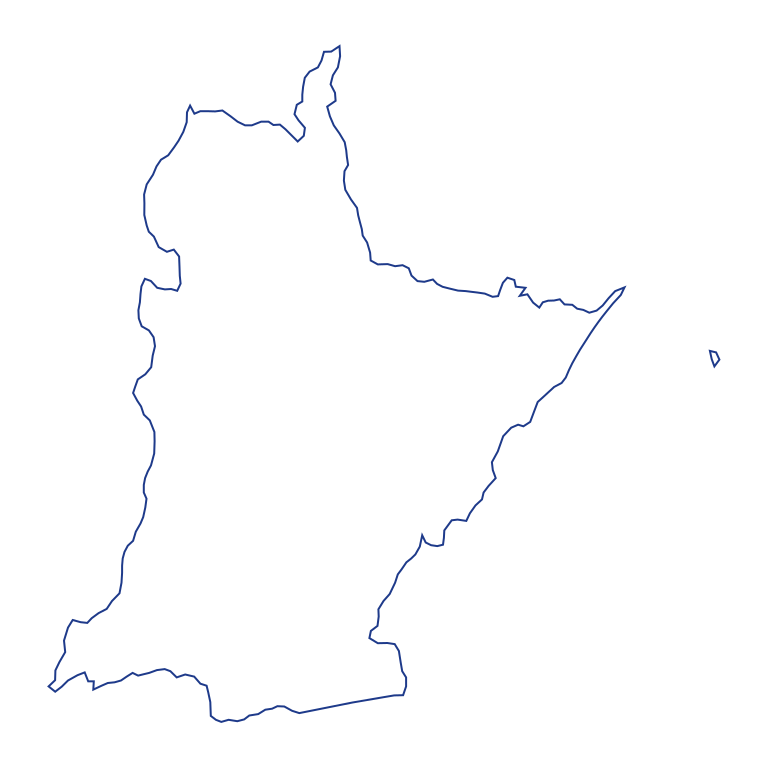 Paulo Lopes, Santa Catarina, Brazil (Natural Earth projection)
{"feature_id": "56859067B3611473740931", "entity_name": "Paulo Lopes", "entity_type": "district", "adm_level": 2, "iso_a3": "BRA", "parent_name": "Brazil", "parent_adm1": "Santa Catarina", "projection": "natural_earth1", "projection_center": [-48.752, -27.948], "detail": "fine", "context": "isolated", "style": "outline", "palette": "blue", "viewbox_px": 768, "rotation_deg": 0, "n_neighbors": 0, "source": "geoboundaries", "source_scale": "gbopen_adm2", "svg_char_len": 3706}
<svg xmlns="http://www.w3.org/2000/svg" viewBox="0 0 768 768"><path d="M561.6,383.0L565.8,377.5L569.0,370.0L572.3,363.2L576.4,355.9L580.0,349.7L585.2,341.6L590.5,333.3L594.7,327.1L598.5,321.8L602.4,316.6L606.6,311.3L613.1,303.3L620.8,295.0L624.5,287.4L615.2,291.1L608.6,298.2L602.7,305.5L596.6,310.6L589.3,312.7L583.3,309.9L577.2,308.7L572.3,304.8L564.5,304.4L559.8,299.3L554.1,300.5L548.1,300.7L542.8,302.3L539.3,307.6L533.1,302.6L527.4,294.3L519.8,295.8L525.5,287.8L515.8,286.7L514.3,280.0L507.4,277.7L502.9,282.8L500.2,289.9L498.1,296.1L492.6,296.8L484.8,293.6L477.2,292.5L471.3,291.8L465.8,291.1L458.0,290.6L449.3,288.5L442.6,286.8L437.1,283.9L432.9,279.5L424.3,281.8L417.5,281.1L411.5,275.6L408.8,268.3L402.6,265.2L395.1,266.2L387.7,264.1L377.8,264.4L370.7,260.5L370.1,252.6L367.1,242.5L362.7,235.6L361.8,229.1L359.9,222.0L358.2,215.4L357.0,207.9L351.0,199.5L345.3,189.8L343.9,180.6L344.5,171.2L348.1,165.0L346.9,157.0L346.2,150.2L344.7,142.2L339.5,133.5L333.8,125.4L329.9,116.3L327.2,106.6L335.6,100.8L335.0,92.8L330.6,84.3L332.9,75.3L337.9,67.4L340.1,56.2L339.5,46.1L331.2,51.6L324.0,51.8L321.5,60.5L317.9,67.4L309.6,71.6L304.8,77.8L303.1,86.8L302.3,94.7L302.3,101.5L296.8,104.8L294.5,114.2L298.5,120.3L304.9,127.8L303.8,135.8L297.7,141.5L291.7,135.5L285.5,129.3L279.9,124.6L273.4,125.0L268.6,121.7L261.1,121.7L251.9,125.3L245.0,125.3L237.6,121.7L230.6,116.3L222.4,110.5L215.2,111.4L208.0,111.2L200.3,111.2L194.4,113.7L190.1,105.6L187.0,112.3L186.7,122.2L183.3,131.9L178.5,140.8L174.1,147.3L168.2,155.3L161.0,159.7L156.5,166.4L153.0,174.7L146.7,184.4L144.1,194.5L144.4,203.2L144.3,215.0L146.7,225.5L148.8,231.7L153.9,236.6L158.7,247.1L166.9,251.8L173.8,249.6L179.1,256.5L179.5,266.9L179.8,275.9L180.6,283.6L177.2,290.8L171.1,289.0L164.9,289.4L157.2,287.8L150.9,281.0L144.9,278.8L141.4,286.4L140.5,294.0L139.9,302.3L138.4,310.2L138.8,318.4L141.7,326.3L148.9,330.4L153.6,337.2L155.0,346.2L152.7,355.6L151.2,367.2L145.3,374.3L137.8,379.4L135.2,386.7L133.1,393.0L137.2,400.6L141.1,406.5L143.8,414.6L149.8,420.4L154.4,432.0L154.6,441.4L154.2,453.5L151.0,465.4L147.7,471.6L145.1,478.1L143.8,484.9L143.8,492.5L146.5,498.7L145.3,507.5L143.2,517.1L140.5,523.5L135.8,531.7L133.1,540.8L127.8,545.7L124.5,551.9L122.7,558.5L122.1,565.7L122.1,572.8L121.5,582.7L119.5,593.3L112.0,601.0L106.7,608.9L98.6,613.1L91.7,618.2L87.3,622.9L80.7,622.2L72.7,620.0L68.0,627.6L64.0,640.6L65.2,652.1L59.4,662.1L55.4,670.4L55.1,680.2L48.6,686.4L55.2,691.7L61.7,686.7L68.0,680.5L77.5,675.2L84.7,672.4L88.2,681.3L93.8,681.3L93.3,689.6L101.6,685.7L107.8,683.0L114.6,682.3L121.0,680.5L126.7,676.6L132.6,672.9L138.1,675.6L143.8,674.2L149.2,672.9L156.9,670.1L164.7,669.1L170.4,671.2L176.7,677.4L185.2,674.5L194.2,676.6L200.4,683.7L206.6,685.7L208.2,692.2L210.3,702.1L210.8,715.9L215.9,719.8L221.3,721.9L228.6,719.8L237.3,721.2L244.2,719.4L249.3,715.5L258.2,714.1L265.3,709.7L272.1,708.7L277.4,706.2L284.3,706.5L292.1,710.8L299.3,713.1L352.5,702.5L383.5,697.2L394.2,695.4L403.1,695.2L406.1,686.4L406.1,677.4L402.2,671.2L400.7,662.5L398.9,651.0L394.7,644.1L387.3,643.0L377.8,643.2L369.4,638.1L370.9,630.9L377.5,625.9L378.7,616.5L378.4,609.3L383.5,601.0L389.7,594.0L395.1,582.7L397.8,574.4L401.7,569.2L406.4,562.3L411.2,558.5L415.4,554.4L419.8,546.6L422.2,535.3L425.7,542.5L431.1,545.2L437.3,546.1L443.0,544.7L443.9,537.9L444.3,530.4L451.7,520.3L457.6,519.6L466.3,520.9L469.9,513.3L475.5,505.4L482.0,499.4L483.6,492.5L488.6,485.9L495.7,478.1L492.8,470.1L491.9,462.2L497.8,451.4L503.2,436.2L511.2,427.7L518.1,424.7L523.4,426.3L530.2,421.9L534.4,410.7L537.7,402.0L543.1,397.1L547.9,392.7L554.2,386.9L561.6,383.0ZM719.4,359.6L716.1,352.4L709.9,350.9L711.7,359.1L714.4,366.4L719.4,359.6Z" fill="none" stroke="#1e3a8a" stroke-width="2"/></svg>